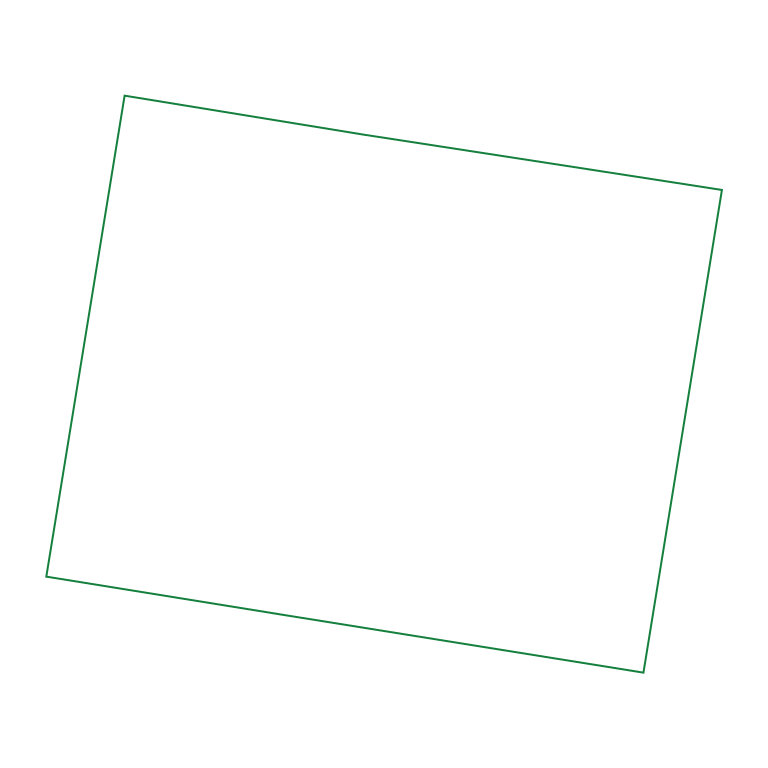 Crawford, Iowa, United States of America (Mercator projection), rotated 189°
{"feature_id": "52423323B13342583421371", "entity_name": "Crawford", "entity_type": "district", "adm_level": 2, "iso_a3": "USA", "parent_name": "United States of America", "parent_adm1": "Iowa", "projection": "mercator", "projection_center": [-95.353, 42.037], "detail": "fine", "context": "isolated", "style": "outline", "palette": "green", "viewbox_px": 768, "rotation_deg": 189, "n_neighbors": 0, "source": "geoboundaries", "source_scale": "gbopen_adm2", "svg_char_len": 260}
<svg xmlns="http://www.w3.org/2000/svg" viewBox="0 0 768 768"><g transform="rotate(189 384 384)"><path d="M687.4,140.9L444.8,140.2L82.6,139.5L80.6,628.5L201.0,628.1L443.4,627.1L685.3,628.2L687.4,140.9Z" fill="none" stroke="#15803d" stroke-width="2"/></g></svg>